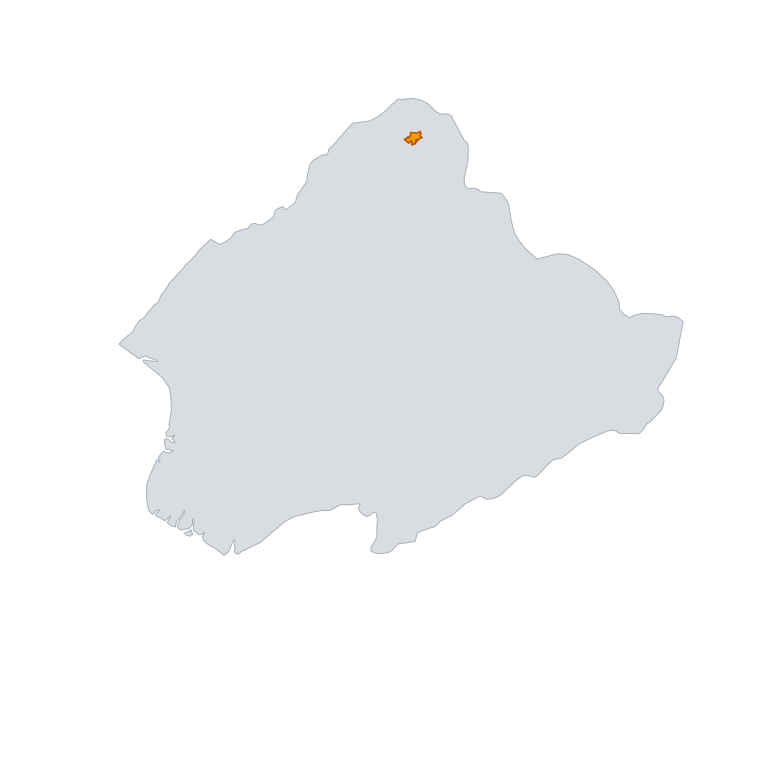 Wamakko, Sokoto, Nigeria shown in context, rotated 40°
{"feature_id": "59680162B10831398447622", "entity_name": "Wamakko", "entity_type": "district", "adm_level": 2, "iso_a3": "NGA", "parent_name": "Nigeria", "parent_adm1": "Sokoto", "projection": "equal_earth", "projection_center": [5.187, 13.089], "detail": "fine", "context": "in_parent", "style": "filled", "palette": "amber", "viewbox_px": 768, "rotation_deg": 40, "n_neighbors": 0, "source": "geoboundaries", "source_scale": "gbopen_adm2", "svg_char_len": 5789}
<svg xmlns="http://www.w3.org/2000/svg" viewBox="0 0 768 768"><g transform="rotate(40 384 384)"><path d="M573.1,143.9L591.1,176.1L595.0,200.1L596.6,211.9L599.5,213.4L605.0,214.0L609.0,216.4L611.4,220.3L613.0,224.0L613.3,226.1L612.3,240.5L611.0,245.8L611.8,252.9L611.6,255.9L611.1,258.0L608.6,260.4L605.4,262.7L597.5,269.6L595.2,270.6L591.9,270.7L589.0,272.5L585.6,276.2L578.4,290.0L572.2,303.8L567.8,326.3L562.3,333.3L561.3,339.5L560.6,353.6L559.7,357.8L558.8,359.0L552.9,361.7L549.4,364.9L547.4,371.3L544.9,392.9L544.0,396.5L542.0,400.2L539.0,404.3L536.4,406.5L529.5,408.0L523.0,424.3L522.9,427.1L520.1,441.9L515.2,453.1L514.8,460.3L508.6,470.1L505.3,476.8L508.7,483.8L509.0,484.9L498.2,496.7L497.5,498.5L497.1,506.7L496.3,508.9L494.3,511.9L491.4,515.2L488.4,517.7L485.1,519.5L481.8,520.2L480.0,519.1L479.0,516.7L477.1,506.6L476.2,504.5L474.0,502.6L465.6,491.5L460.5,487.7L459.5,487.9L458.6,489.0L457.2,494.5L455.8,496.6L453.1,497.3L448.5,497.3L445.1,496.6L444.3,495.5L442.7,491.1L432.3,501.2L428.7,503.4L424.1,515.3L417.5,521.2L413.0,526.3L401.0,542.5L398.6,547.3L396.2,554.4L391.1,584.8L382.7,603.8L381.6,607.8L381.1,607.7L380.0,609.4L376.8,608.3L375.3,604.8L373.3,604.2L369.9,599.0L369.1,599.9L372.8,613.0L371.5,618.1L361.2,618.3L352.4,620.0L346.3,619.8L343.3,618.0L341.9,613.0L341.4,613.6L341.1,616.2L339.2,618.3L332.4,618.7L329.4,615.3L327.0,611.5L324.4,609.9L324.8,611.4L327.8,615.1L327.4,620.4L321.9,626.5L318.4,626.8L316.3,624.2L315.2,619.9L314.6,613.6L313.2,609.4L312.4,609.4L313.4,616.3L313.4,622.7L316.0,627.7L312.0,629.3L307.2,629.5L306.6,627.6L306.0,623.5L305.2,622.4L304.2,629.4L294.3,631.4L292.9,631.1L292.6,629.8L293.4,627.8L293.2,624.7L291.0,627.1L290.7,632.0L289.4,632.7L285.7,632.1L281.6,629.6L274.9,623.4L266.8,613.5L265.4,609.0L263.1,603.5L258.8,588.4L259.6,587.7L261.5,588.5L262.4,587.1L259.0,586.0L258.3,584.9L258.1,581.6L258.2,577.5L263.4,575.3L264.6,572.9L265.3,570.4L258.9,574.1L253.0,569.9L251.7,567.3L252.4,565.3L259.2,565.1L261.7,563.2L260.2,562.5L257.6,562.6L256.6,561.3L256.7,558.2L255.8,558.9L254.7,561.6L250.7,563.7L248.4,561.6L248.1,557.1L247.6,555.1L245.6,553.5L238.6,541.6L229.8,531.7L222.0,524.8L210.2,521.6L185.5,521.7L184.1,520.7L185.7,519.2L187.8,518.1L195.8,512.6L194.4,511.9L186.2,515.3L183.4,515.6L179.7,522.3L155.4,523.8L155.4,520.7L156.5,512.0L158.0,505.9L156.4,498.6L156.0,492.0L157.0,489.9L157.4,487.4L157.2,470.4L158.5,467.9L158.5,466.1L156.0,458.9L156.0,453.3L155.6,448.0L154.7,445.5L155.8,424.8L155.4,419.6L156.2,416.0L156.7,407.1L156.6,398.3L158.3,384.5L168.7,382.7L171.2,377.3L172.7,370.4L172.3,363.6L175.6,357.7L179.7,352.4L179.6,346.7L180.7,344.9L182.6,343.5L185.4,342.9L188.5,340.0L190.2,334.9L192.0,326.9L189.3,321.3L189.3,320.0L190.4,317.0L192.0,314.0L193.3,313.0L196.3,313.8L197.3,312.6L199.2,303.7L199.1,301.3L196.3,295.4L194.7,279.3L193.9,277.2L191.8,274.3L186.0,263.0L186.1,257.6L188.6,250.8L190.2,247.4L192.4,245.6L192.8,244.0L192.2,242.1L191.1,240.6L190.8,237.6L191.9,233.3L191.6,228.6L192.2,204.4L196.9,199.6L203.8,191.8L207.3,183.5L209.1,177.3L211.5,156.6L215.1,154.4L222.0,146.8L231.3,142.4L237.3,141.1L247.9,141.9L253.3,141.2L257.9,137.1L260.0,136.0L262.9,135.3L289.4,146.0L291.8,145.5L293.8,146.3L297.1,149.1L304.9,159.1L313.1,174.6L315.7,177.9L318.2,179.8L320.8,180.4L322.8,180.2L324.7,178.7L327.3,175.7L331.2,174.4L334.3,174.7L350.8,162.8L352.4,162.6L362.5,165.2L376.4,177.1L387.7,184.9L395.6,187.5L405.0,189.4L420.9,189.9L432.8,173.2L437.2,169.6L442.5,166.3L453.6,163.2L472.1,161.0L489.4,162.0L500.2,164.8L511.6,170.3L516.6,175.5L524.3,176.4L529.8,175.3L531.5,170.2L537.0,163.4L545.2,157.1L551.9,152.7L557.5,150.7L562.4,145.6L566.3,144.1L573.1,143.9ZM333.1,625.4L329.3,627.0L326.9,626.6L330.2,619.7L331.9,621.2L334.1,621.8L333.1,625.4Z" fill="#d9dde1" stroke="#a8b0b8" stroke-width="1"/><path d="M242.7,183.7L242.8,183.7L243.0,183.8L243.4,183.8L243.5,183.8L243.6,183.7L244.2,183.6L244.6,183.6L244.8,183.6L245.1,183.6L245.5,183.6L245.8,183.6L246.1,183.6L246.3,183.6L246.8,183.6L247.1,183.6L247.5,183.7L247.9,183.7L248.0,183.7L248.2,181.9L248.6,181.9L248.6,181.6L248.7,181.4L248.6,181.1L248.6,180.9L248.3,180.8L248.2,180.6L248.3,180.6L249.0,180.3L249.3,180.5L249.5,180.5L249.9,180.6L250.0,180.6L250.1,180.8L250.4,180.9L250.6,181.1L250.6,181.3L250.5,181.5L250.8,181.9L251.0,182.1L250.9,182.3L251.0,182.5L251.3,182.8L251.7,182.8L251.7,182.6L251.7,182.4L252.0,182.4L252.3,182.1L252.4,181.7L252.6,181.2L252.7,180.6L253.2,180.4L253.2,180.2L253.3,180.0L253.3,179.9L253.5,179.9L253.5,179.7L253.5,179.4L253.4,179.3L253.4,179.2L253.3,178.8L253.2,178.7L253.2,178.4L253.1,178.5L253.1,178.4L252.9,178.3L252.8,178.2L252.7,178.0L252.6,177.9L252.4,177.8L252.4,177.7L252.2,177.5L252.2,177.4L252.0,177.1L251.9,177.1L251.6,176.7L251.4,176.5L251.4,176.3L251.5,176.3L251.6,176.2L251.8,176.1L252.0,176.1L252.2,175.9L252.3,175.8L252.4,175.7L252.5,175.7L252.6,175.8L252.8,175.9L252.9,176.0L253.0,176.1L253.3,176.1L253.2,175.8L253.1,175.3L253.0,175.2L252.9,174.7L253.1,174.4L253.3,174.4L253.6,174.1L253.7,173.9L253.7,173.7L253.7,173.4L253.7,173.2L253.7,172.9L253.7,172.7L253.8,172.6L253.9,172.3L254.0,172.1L254.1,171.9L254.2,171.7L254.4,171.5L254.5,171.4L254.7,170.8L253.9,170.7L253.4,170.9L253.0,171.1L252.7,171.0L252.5,170.7L252.2,170.4L252.1,170.2L251.5,169.7L251.7,169.3L251.5,169.2L251.2,168.8L251.2,168.7L251.0,168.1L250.9,167.9L250.3,167.7L250.1,167.8L249.8,167.7L249.2,167.3L248.9,168.1L248.9,168.4L248.8,168.7L248.5,169.3L248.4,169.8L248.2,170.4L248.1,170.5L247.7,170.8L247.5,171.0L247.2,171.1L246.8,171.3L244.9,173.0L244.6,173.3L244.2,173.4L243.6,173.5L243.1,173.8L242.8,174.2L243.5,175.8L244.0,175.9L244.7,176.1L244.6,176.4L244.7,176.9L244.7,177.1L244.7,178.7L244.6,179.5L244.2,179.4L243.4,179.1L243.4,180.3L243.3,182.4L242.8,182.4L242.7,182.4L242.7,183.6L242.7,183.7Z" fill="#f59e0b" stroke="#b45309" stroke-width="1.5"/></g></svg>